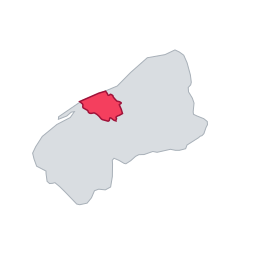 location of La Paz within El Salvador, rotated 125°
{"feature_id": "SLV-1347", "entity_name": "La Paz", "entity_type": "Department", "adm_level": 1, "iso_a3": "SLV", "parent_name": "El Salvador", "parent_adm1": "", "projection": "equal_earth", "projection_center": [-88.936, 13.47], "detail": "fine", "context": "in_parent", "style": "filled", "palette": "rose", "viewbox_px": 256, "rotation_deg": 125, "n_neighbors": 0, "source": "natural_earth", "source_scale": "10m", "svg_char_len": 2403}
<svg xmlns="http://www.w3.org/2000/svg" viewBox="0 0 256 256"><g transform="rotate(125 128 128)"><path d="M93.4,64.2L95.3,64.6L108.1,69.9L111.9,68.9L116.8,73.1L119.1,76.4L121.1,81.0L131.2,90.2L133.0,94.2L140.5,99.6L143.6,103.8L146.8,105.5L153.1,107.0L158.5,109.2L159.2,110.8L159.7,116.9L160.8,122.1L163.4,122.4L166.5,119.9L176.7,113.0L186.3,108.4L191.7,111.1L194.9,116.9L198.6,119.5L206.1,117.9L213.0,118.4L218.5,123.5L219.7,126.4L216.4,143.2L215.2,150.4L214.7,156.5L216.6,158.1L218.5,160.4L218.1,163.7L212.2,169.1L210.3,170.5L211.7,180.9L207.3,187.2L203.3,191.7L196.2,192.9L184.1,193.4L165.9,188.3L152.5,181.3L145.3,181.3L147.6,183.6L153.3,185.0L160.8,190.0L158.6,191.3L131.4,181.1L99.8,160.9L81.0,157.7L59.4,152.5L46.7,139.8L37.1,134.3L36.3,129.5L36.4,124.1L40.7,117.0L48.8,107.3L54.2,102.4L56.7,101.4L60.3,101.9L63.7,99.1L66.6,92.5L69.7,88.2L77.4,83.9L79.2,82.2L78.6,78.5L76.9,71.3L77.2,66.8L79.7,64.8L82.8,64.4L89.1,62.6L91.8,63.0L93.4,64.2Z" fill="#d9dde1" stroke="#a8b0b8" stroke-width="1"/><path d="M134.1,182.8L116.2,171.9L110.7,167.5L111.0,166.6L111.2,165.9L111.8,164.5L111.9,164.3L112.0,164.1L112.4,163.5L112.6,163.1L112.5,162.8L112.2,162.4L111.5,162.0L111.1,161.9L110.7,161.9L110.3,161.5L110.1,159.8L110.2,158.9L110.5,158.7L111.0,157.9L111.4,156.8L112.0,154.3L112.2,153.1L112.3,152.4L112.1,151.9L111.5,150.6L111.3,149.7L111.2,148.8L111.2,148.4L111.3,148.0L111.5,147.9L111.9,147.8L112.2,147.9L113.4,148.4L113.6,148.5L113.9,148.5L114.2,148.1L116.6,144.2L119.3,140.8L122.7,142.4L124.0,143.4L125.5,144.0L125.8,144.0L126.1,143.9L126.4,143.7L126.5,143.5L126.7,143.0L126.8,142.9L127.0,142.7L128.2,142.5L128.6,142.3L129.1,141.9L129.7,143.9L129.7,145.6L129.6,147.4L129.7,148.1L129.9,148.5L130.1,148.5L130.3,148.5L130.6,148.5L132.4,147.7L132.7,147.7L133.1,147.8L133.7,148.1L133.9,148.4L135.8,153.7L135.8,154.0L135.9,154.3L135.9,155.0L135.8,155.6L135.2,157.7L135.1,157.9L135.1,158.2L135.0,158.5L134.7,160.9L134.7,161.4L134.8,163.2L134.9,163.8L135.0,164.2L135.5,164.9L136.0,165.4L136.6,166.0L137.2,166.6L137.7,167.5L137.9,168.0L137.9,168.4L137.9,168.8L137.8,169.4L137.7,169.6L137.6,169.8L137.2,170.3L137.0,170.5L136.9,171.0L136.9,171.3L136.8,171.6L137.2,175.8L137.2,176.4L137.1,176.6L136.9,176.8L136.8,177.0L136.6,177.2L135.9,177.6L135.4,177.9L135.0,178.2L134.7,178.5L134.5,178.9L134.4,179.2L134.3,179.4L134.3,179.7L134.1,182.8L134.1,182.8Z" fill="#f43f5e" stroke="#9f1239" stroke-width="1.5"/></g></svg>